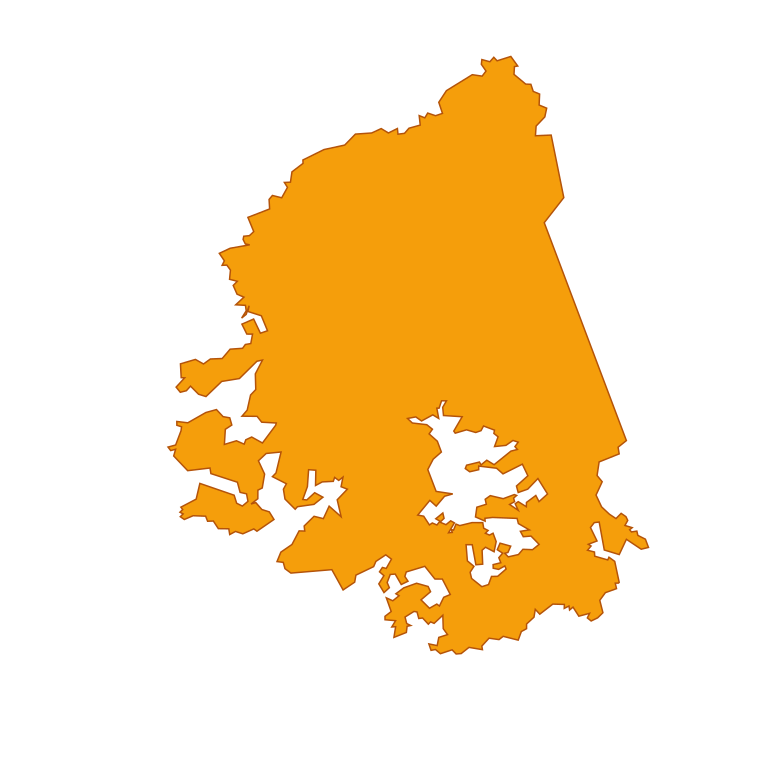 Cañazas, Veraguas, Panama, rotated 254°
{"feature_id": "35544464B38467816512648", "entity_name": "Cañazas", "entity_type": "district", "adm_level": 2, "iso_a3": "PAN", "parent_name": "Panama", "parent_adm1": "Veraguas", "projection": "natural_earth1", "projection_center": [-81.335, 8.382], "detail": "fine", "context": "isolated", "style": "filled", "palette": "amber", "viewbox_px": 768, "rotation_deg": 254, "n_neighbors": 0, "source": "geoboundaries", "source_scale": "gbopen_adm2", "svg_char_len": 6171}
<svg xmlns="http://www.w3.org/2000/svg" viewBox="0 0 768 768"><g transform="rotate(254 384 384)"><path d="M114.6,360.3L109.2,363.9L109.7,376.2L104.6,378.9L103.6,383.9L107.4,393.1L101.5,405.4L105.1,405.8L110.7,414.9L106.6,424.1L108.6,429.0L100.8,442.4L108.2,447.8L109.5,453.6L114.0,454.9L118.5,463.9L125.7,467.3L119.8,470.3L125.9,485.6L122.4,496.6L118.6,495.4L119.6,500.6L115.6,500.1L117.4,504.2L107.1,507.3L106.9,518.4L103.1,515.0L99.1,517.8L100.3,524.9L103.8,531.4L116.6,531.8L122.4,539.3L123.2,551.1L128.8,551.4L128.0,554.5L128.5,555.4L149.9,556.9L155.5,552.5L153.2,550.6L160.4,539.1L164.5,540.0L168.1,533.8L171.2,538.4L173.6,536.2L174.4,545.5L189.1,542.9L192.8,547.9L192.0,552.8L163.7,550.0L155.2,563.1L167.9,574.2L154.3,585.7L154.0,593.2L162.8,592.5L168.5,586.3L172.9,586.5L173.6,581.1L176.2,579.9L177.5,583.0L181.6,576.6L185.7,580.7L189.8,580.0L194.3,576.3L190.7,569.9L196.7,564.8L205.9,559.3L218.8,557.2L229.9,566.8L237.3,563.6L249.8,569.3L252.0,590.8L258.7,591.6L262.8,601.4L494.9,582.5L513.6,608.2L577.2,613.3L580.9,598.0L590.0,601.3L596.4,612.2L604.3,616.4L609.4,610.0L619.8,613.5L624.1,608.1L631.6,607.8L633.2,602.9L645.8,594.3L653.2,596.9L652.8,600.2L663.9,596.2L663.5,581.8L667.8,579.6L664.6,574.6L668.9,567.5L664.5,565.7L656.7,568.3L652.9,563.2L657.0,554.1L648.8,524.9L639.7,514.3L628.0,514.8L627.7,507.5L632.4,500.7L628.6,496.6L632.3,491.8L622.9,490.2L623.0,478.5L619.3,472.8L620.3,466.3L625.9,467.3L624.1,457.4L630.3,451.7L628.7,441.3L632.1,425.4L624.5,412.1L625.9,390.9L621.7,367.8L618.4,367.0L613.3,354.0L603.8,349.7L605.2,343.8L599.6,345.4L591.2,337.0L596.0,328.7L593.1,324.4L583.8,322.3L581.7,299.1L566.4,300.8L563.7,295.5L564.7,289.9L561.8,288.4L556.9,289.3L554.8,293.3L556.9,273.5L555.0,261.7L546.4,264.5L542.7,261.1L541.6,265.7L535.8,267.8L527.2,264.4L523.2,271.3L520.3,266.2L510.8,267.5L506.1,273.3L501.0,263.3L497.8,272.5L492.3,271.7L486.6,265.3L488.9,270.7L496.4,275.9L491.2,273.2L483.4,284.9L467.3,286.7L466.9,279.2L482.4,276.6L480.7,263.9L469.8,265.9L468.2,271.4L459.6,267.1L460.2,261.6L457.3,257.9L459.9,245.7L453.1,235.5L455.9,224.0L453.0,216.0L459.6,209.5L459.5,193.9L446.0,190.8L444.9,194.1L438.3,183.3L432.2,185.9L432.0,192.2L435.3,197.4L425.3,202.9L421.0,209.4L431.2,228.7L429.1,246.5L440.9,268.1L440.5,273.8L429.2,263.1L414.0,259.2L410.2,252.7L396.6,245.3L392.2,238.6L387.9,253.1L381.0,255.9L376.2,269.7L374.2,268.5L360.8,250.9L369.5,242.2L368.5,235.8L364.7,233.0L370.1,226.5L369.9,213.9L384.2,219.0L386.5,226.4L394.0,226.4L397.0,220.3L405.6,215.9L405.7,204.9L400.8,184.7L405.1,174.5L401.4,173.5L398.7,177.6L395.0,176.0L382.8,166.9L382.9,159.0L378.8,160.6L378.7,165.7L372.8,162.0L354.8,171.4L351.2,193.6L345.6,192.9L330.0,216.0L319.5,215.8L316.3,221.6L308.7,220.9L305.7,214.2L310.0,209.5L318.4,209.3L339.2,179.6L325.1,171.7L321.6,154.8L318.8,155.9L317.0,152.5L314.5,155.1L312.6,151.6L308.8,154.7L310.0,164.2L306.1,176.1L300.7,176.6L299.3,182.2L290.6,184.9L287.6,194.9L281.8,194.2L283.2,200.6L278.9,207.0L280.6,218.9L277.5,221.3L284.1,240.9L292.7,238.5L297.0,232.0L305.3,228.1L305.3,223.1L308.5,231.1L316.7,233.5L317.6,238.3L330.3,244.4L344.8,242.1L349.7,251.6L347.0,266.3L328.3,255.7L325.7,251.2L315.0,262.7L310.6,258.3L300.7,257.1L288.1,264.1L289.9,267.0L287.6,283.5L292.0,294.1L298.6,287.4L293.8,277.8L295.4,274.1L306.5,282.1L322.4,287.9L319.9,294.7L305.3,290.2L306.9,297.7L304.4,308.4L307.8,310.8L303.8,313.9L305.8,318.9L297.1,314.4L293.0,319.8L285.6,307.1L268.2,306.2L281.7,297.6L271.3,288.6L276.1,280.3L269.5,268.1L264.5,267.3L266.2,261.9L255.1,251.3L250.8,238.5L242.8,232.2L240.3,238.0L233.8,237.9L227.9,242.4L219.9,282.7L197.3,287.9L201.6,301.2L208.0,304.3L211.3,323.7L215.7,327.3L219.3,338.6L213.6,342.9L206.1,335.3L208.1,331.9L204.7,327.9L199.8,331.1L193.3,323.9L183.5,326.5L186.7,333.0L192.3,332.3L199.2,337.5L198.2,342.4L186.5,345.3L187.8,352.7L193.3,351.0L197.2,353.6L197.5,373.0L182.5,379.2L180.4,386.3L163.4,389.7L162.5,382.6L155.3,376.1L157.9,374.1L155.9,365.9L166.3,360.1L171.5,371.5L177.2,370.6L183.5,360.4L182.6,346.8L179.1,337.6L176.3,340.1L173.2,332.7L177.8,327.3L163.3,328.2L160.4,320.9L157.1,320.0L153.3,329.9L148.3,324.5L147.5,328.3L137.7,323.7L139.0,337.0L144.7,339.4L144.5,343.1L147.5,339.8L154.2,340.0L157.1,350.1L155.8,352.9L149.0,352.8L148.4,356.6L140.9,360.4L142.5,363.2L140.1,366.2L145.5,376.8L132.5,373.5L125.6,376.0L125.3,366.8L117.9,363.0L121.8,355.5L115.0,355.8L114.6,360.3ZM233.2,510.9L228.2,500.6L235.0,499.2L230.9,488.3L226.8,487.0L233.9,480.6L232.7,477.1L225.6,478.2L233.6,471.5L234.9,477.1L238.6,477.1L240.3,480.8L241.8,478.8L240.9,467.0L247.4,455.4L245.3,449.5L240.2,449.2L240.0,439.3L231.0,435.3L224.3,443.4L227.1,444.0L225.8,451.6L218.1,474.9L212.8,474.7L203.7,483.5L204.8,474.5L198.8,475.8L197.3,483.4L187.1,488.9L183.8,481.1L186.8,472.0L183.0,466.2L183.6,455.8L188.0,453.4L187.9,456.7L193.2,461.1L199.0,451.7L193.5,447.2L188.7,451.4L185.4,446.5L180.0,447.0L180.3,439.1L176.8,438.2L174.2,443.1L175.8,450.0L172.5,450.4L167.8,440.2L169.4,434.3L162.4,429.2L162.2,422.2L172.9,414.6L179.3,414.9L183.9,420.2L191.0,415.4L206.9,418.6L205.2,424.5L184.9,422.5L183.6,429.2L197.2,432.5L199.1,436.6L192.4,443.6L201.6,448.4L210.5,447.7L209.7,443.7L212.6,440.3L214.5,443.7L217.9,440.1L223.5,440.7L226.5,430.5L227.0,417.8L229.5,414.6L224.4,410.6L225.5,408.6L222.5,408.7L223.2,405.0L231.1,413.4L234.1,410.4L231.7,404.8L235.7,399.8L238.3,404.7L243.8,405.0L240.2,396.6L236.7,400.0L233.9,396.0L237.1,392.1L236.0,388.8L246.0,385.7L248.7,380.3L259.5,396.0L252.2,400.5L259.4,411.3L259.4,419.8L266.4,404.5L289.7,402.5L298.2,410.6L302.8,420.4L314.3,419.5L323.6,413.6L327.2,418.1L333.1,413.9L338.7,400.5L344.4,397.1L343.6,405.5L338.1,409.9L340.9,422.4L335.8,427.1L346.2,428.1L345.6,430.3L352.0,434.7L350.6,439.4L345.4,434.0L337.3,432.5L331.0,450.1L319.5,438.1L317.1,438.9L317.2,450.7L312.1,458.8L312.4,464.4L316.2,468.1L309.2,477.5L306.2,476.0L301.8,479.1L293.4,473.0L291.4,484.3L294.2,492.4L291.1,497.0L287.7,492.6L284.3,494.2L284.5,487.5L276.1,467.6L282.4,461.8L279.5,455.0L282.7,454.2L283.2,441.0L280.3,438.8L276.0,442.2L275.5,451.4L279.0,452.4L272.0,469.0L264.8,473.6L268.8,494.9L256.1,497.0L249.4,483.2L242.7,483.1L243.3,493.2L250.7,505.9L233.2,510.9Z" fill="#f59e0b" stroke="#b45309" stroke-width="1.5"/></g></svg>